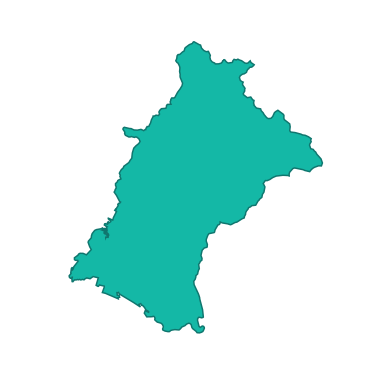 outline of Bahnea, Mures, Romania, rotated 214°
{"feature_id": "2599482B70038378899752", "entity_name": "Bahnea", "entity_type": "district", "adm_level": 2, "iso_a3": "ROU", "parent_name": "Romania", "parent_adm1": "Mures", "projection": "equal_earth", "projection_center": [24.492, 46.315], "detail": "fine", "context": "isolated", "style": "filled", "palette": "teal", "viewbox_px": 384, "rotation_deg": 214, "n_neighbors": 0, "source": "geoboundaries", "source_scale": "gbopen_adm2", "svg_char_len": 6039}
<svg xmlns="http://www.w3.org/2000/svg" viewBox="0 0 384 384"><g transform="rotate(214 192 192)"><path d="M217.1,333.3L217.8,330.1L218.7,329.2L220.3,328.5L224.3,328.6L226.7,327.9L228.2,327.8L229.2,326.2L231.3,325.5L231.5,323.6L231.1,322.7L231.1,321.9L234.0,319.2L235.6,319.0L237.2,319.3L238.1,319.8L239.3,319.7L239.6,319.4L239.5,318.6L239.9,318.0L239.6,316.7L239.8,315.3L241.5,313.2L244.3,311.2L245.3,311.6L247.9,311.1L250.4,311.8L252.6,313.8L253.2,315.5L256.8,317.6L257.3,317.7L258.0,316.7L259.0,316.2L261.3,315.9L264.5,316.6L267.1,318.6L268.4,318.2L274.2,317.7L274.8,317.2L274.8,315.3L276.6,312.7L278.1,308.4L278.3,307.3L277.4,304.6L278.2,302.7L279.0,299.3L280.4,298.1L280.5,297.4L280.5,296.5L279.3,294.2L278.8,291.7L276.9,291.0L275.6,291.0L272.8,289.4L271.4,288.1L269.7,285.0L267.5,282.8L266.8,281.5L265.7,280.3L260.7,277.0L259.7,274.6L259.5,270.5L259.7,266.6L259.1,260.7L259.5,259.9L261.4,258.6L261.3,256.8L260.8,256.1L260.6,254.7L259.7,253.7L258.5,253.0L261.4,250.8L261.5,249.5L260.8,248.2L260.5,246.8L263.9,244.0L264.3,242.5L264.3,240.3L263.8,239.4L262.5,238.5L262.6,236.6L264.8,235.6L265.5,234.1L266.7,233.2L266.4,232.7L266.0,229.1L264.9,225.8L264.8,223.8L264.4,222.8L265.2,221.4L265.8,221.2L265.8,219.6L265.3,217.9L265.7,217.8L266.3,215.9L269.3,215.4L271.9,212.7L274.8,211.0L278.0,210.5L279.3,209.7L284.3,207.8L284.7,206.9L284.6,205.9L284.2,205.3L281.6,204.3L280.7,203.4L280.5,202.7L278.9,201.8L275.1,202.3L273.9,203.2L273.4,204.0L270.2,205.1L269.6,206.1L268.4,206.6L265.8,206.4L263.3,204.9L263.2,202.5L264.3,198.9L264.8,195.8L263.3,191.0L260.8,186.3L261.0,183.7L260.8,181.1L262.9,175.2L262.5,173.7L263.1,171.0L262.9,167.7L262.6,166.8L260.9,165.9L260.5,164.6L258.5,163.4L258.2,162.7L259.0,162.0L259.9,160.1L259.6,158.5L260.1,156.2L259.1,154.7L257.9,154.0L257.0,152.6L257.1,151.3L256.6,149.9L256.5,148.4L252.6,146.9L246.6,143.6L245.6,143.7L245.6,142.8L246.1,141.5L246.6,141.4L246.5,140.1L245.6,139.4L245.5,135.9L245.1,135.1L245.2,134.6L245.8,134.9L245.8,133.6L243.7,133.6L242.8,126.7L242.0,124.4L246.7,123.5L246.5,123.0L245.0,122.6L244.0,122.8L243.0,122.5L242.8,122.0L243.3,120.5L244.8,120.5L245.0,119.5L244.7,119.0L244.0,118.9L244.0,118.1L246.2,117.3L246.6,116.7L246.2,115.6L243.1,115.7L243.5,115.1L242.5,114.5L241.4,113.2L243.2,113.2L244.6,112.6L244.9,112.3L244.8,111.9L243.2,111.5L241.5,112.1L241.6,112.4L241.2,112.5L240.0,110.8L238.1,110.5L237.3,110.0L236.8,109.4L236.8,108.7L236.2,107.5L238.0,106.4L237.9,105.8L238.3,106.3L238.2,106.5L236.9,107.6L237.6,109.5L238.2,108.6L238.6,108.6L238.4,109.8L240.6,108.6L242.0,108.8L242.2,109.4L240.7,110.0L240.3,110.7L240.5,111.1L240.9,111.2L244.6,110.3L244.2,110.7L245.4,110.7L246.2,111.9L247.1,110.4L250.2,107.4L251.2,105.7L251.5,101.7L250.8,99.3L249.9,97.8L250.4,93.3L250.0,92.2L246.2,89.4L243.3,87.9L244.4,80.9L248.0,80.2L250.5,78.6L251.1,77.7L251.3,76.7L251.2,75.9L252.7,71.7L251.6,70.2L250.4,70.2L248.4,71.4L247.7,70.8L248.2,64.0L247.5,61.8L247.5,60.5L247.7,60.2L247.9,60.5L248.7,62.4L249.1,62.3L249.3,61.3L247.3,57.2L246.7,56.7L247.0,53.9L246.2,52.9L244.8,52.5L243.8,52.8L243.5,52.9L243.8,55.1L243.2,53.1L241.3,50.7L240.6,51.0L240.3,53.4L238.8,54.4L238.1,55.4L237.2,55.6L236.3,56.7L235.0,56.9L233.8,58.4L232.4,58.8L232.2,60.0L231.2,61.9L228.0,63.1L226.7,66.6L221.7,68.5L219.3,61.0L217.2,61.2L216.8,61.5L216.7,63.3L215.7,63.5L212.2,64.9L211.6,64.2L210.1,58.5L207.1,59.6L193.5,62.2L194.3,62.9L193.1,64.2L194.8,65.7L196.2,64.6L197.9,66.6L196.9,67.1L197.1,67.3L196.8,67.7L196.0,67.2L194.1,66.9L178.8,67.7L170.5,67.8L173.2,69.2L172.1,70.8L170.4,69.9L169.7,70.4L166.8,69.7L164.0,68.4L161.8,68.7L160.8,68.4L160.7,68.0L164.4,67.4L163.8,64.9L159.7,63.2L155.3,66.3L154.7,67.2L153.7,67.6L152.0,66.7L151.8,65.7L151.1,65.1L148.1,64.7L144.4,65.9L142.6,65.7L140.8,64.7L140.1,63.5L139.8,62.0L139.0,61.3L136.7,61.6L133.8,62.8L132.6,63.7L132.2,65.3L131.1,66.6L129.3,68.3L125.6,70.4L125.1,72.1L124.9,74.4L123.1,77.3L122.6,79.5L121.4,81.3L120.4,81.8L118.7,81.7L116.4,79.7L115.1,79.1L110.9,78.8L109.1,78.2L107.0,79.4L105.8,80.9L105.0,82.4L105.2,84.3L105.6,86.0L106.1,86.6L107.3,87.1L108.6,86.6L109.4,84.4L111.0,84.5L115.6,88.6L116.5,90.2L116.4,91.8L115.6,92.4L113.6,93.1L112.7,94.2L112.7,94.7L117.4,100.3L125.6,107.5L126.8,108.9L129.7,111.1L138.4,116.3L140.6,118.9L140.6,121.6L141.3,123.7L142.0,124.8L141.5,127.2L142.4,129.2L143.0,131.3L143.0,132.4L146.0,135.7L146.0,137.7L146.3,139.0L145.7,141.0L146.6,142.6L149.1,144.4L151.0,149.4L150.5,152.5L148.8,154.4L148.7,154.9L149.9,157.1L152.8,159.3L153.7,160.8L154.7,165.0L154.7,166.9L151.0,170.7L150.9,171.4L151.7,173.5L152.1,179.1L151.4,180.0L151.1,180.9L151.4,182.2L151.9,182.9L149.6,183.3L144.5,185.6L141.9,186.3L141.2,187.1L139.3,190.7L137.9,192.2L135.6,197.6L134.2,199.8L134.8,200.8L135.1,203.4L135.9,204.8L136.2,206.5L136.0,209.4L136.3,210.3L136.2,210.9L135.2,212.4L134.8,214.1L131.8,216.7L132.2,221.3L131.8,223.1L132.0,223.7L131.1,226.6L132.3,229.5L132.3,232.1L134.4,237.0L137.7,238.9L137.6,242.5L136.1,243.4L134.5,245.8L133.1,249.2L131.1,252.3L126.0,256.7L121.9,259.2L120.4,259.7L121.6,261.3L122.1,263.0L121.5,267.8L120.4,269.3L112.2,272.7L110.6,272.9L105.8,274.7L105.6,277.4L104.8,280.0L103.9,281.5L101.7,284.5L99.3,286.0L100.1,289.0L103.6,291.6L109.6,293.1L111.9,294.3L113.5,294.4L115.3,295.1L117.8,294.3L120.8,296.6L121.2,297.8L121.3,300.3L122.6,301.3L123.0,302.9L126.4,302.9L129.9,302.3L132.3,301.1L134.0,300.9L139.8,298.9L143.5,297.0L144.2,297.0L145.4,297.7L147.1,301.0L149.1,303.1L155.9,303.6L157.1,304.5L158.7,307.0L159.8,307.5L166.5,307.8L167.6,305.4L168.0,303.9L167.3,299.7L167.7,297.3L169.5,295.7L170.4,295.4L171.7,295.4L175.5,296.5L177.2,297.4L180.1,298.1L181.6,299.3L185.5,297.6L189.2,298.6L189.6,299.4L190.6,300.0L191.8,302.6L193.3,302.4L196.4,303.6L198.9,301.1L203.7,301.5L204.5,302.2L204.8,305.3L205.5,306.0L206.0,307.6L209.9,309.1L210.7,310.2L211.0,311.7L212.7,311.4L214.5,311.6L216.7,313.4L217.0,315.3L216.1,317.8L214.8,319.2L213.9,321.3L213.8,322.0L214.2,323.0L214.3,324.3L214.2,325.4L213.9,325.9L213.9,327.5L212.3,329.0L211.6,331.3L211.6,332.3L215.5,332.3L217.1,333.3Z" fill="#14b8a6" stroke="#0f766e" stroke-width="1.5"/></g></svg>